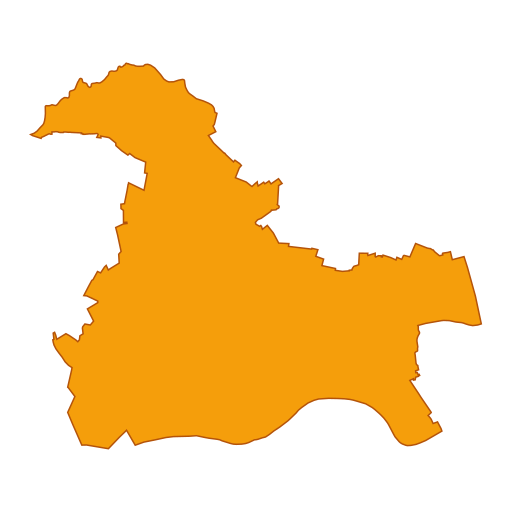 the district of Tien Du, Bắc Ninh, Vietnam
{"feature_id": "81297802B37279419107484", "entity_name": "Tien Du", "entity_type": "district", "adm_level": 2, "iso_a3": "VNM", "parent_name": "Vietnam", "parent_adm1": "Bắc Ninh", "projection": "mercator", "projection_center": [106.031, 21.126], "detail": "fine", "context": "isolated", "style": "filled", "palette": "amber", "viewbox_px": 512, "rotation_deg": 0, "n_neighbors": 0, "source": "geoboundaries", "source_scale": "gbopen_adm2", "svg_char_len": 5892}
<svg xmlns="http://www.w3.org/2000/svg" viewBox="0 0 512 512"><path d="M190.0,94.0L188.5,92.7L187.0,90.3L185.5,87.1L184.8,83.3L184.5,80.6L183.9,79.7L182.5,79.4L178.5,80.2L173.6,81.8L168.9,81.9L166.6,81.0L163.8,79.0L160.6,74.6L154.7,67.9L150.6,65.2L147.8,64.3L145.6,64.5L144.5,65.0L143.4,66.1L139.8,66.3L137.7,66.3L135.6,66.0L134.2,65.3L133.4,65.1L132.2,65.0L129.8,64.4L128.3,63.7L127.4,63.7L126.7,63.3L126.1,63.3L125.5,63.8L125.0,64.7L124.7,65.1L123.9,65.3L123.3,66.1L122.7,66.5L121.4,67.1L120.6,67.1L119.9,66.2L119.0,66.4L118.4,66.9L118.0,67.8L117.3,70.0L116.6,70.7L115.2,71.2L113.9,71.3L111.8,71.0L110.1,71.4L109.1,72.3L108.7,73.9L108.2,75.3L106.7,76.9L104.5,79.6L101.9,81.8L100.2,82.8L99.0,83.1L97.8,82.8L96.5,82.7L95.2,83.1L92.2,83.5L91.6,83.9L91.3,84.6L91.1,86.3L90.5,87.1L89.8,87.4L89.1,87.1L88.1,86.4L86.6,83.6L85.8,83.2L83.3,82.5L82.8,82.0L82.5,81.2L82.2,79.6L81.7,78.8L80.8,78.4L79.9,78.7L79.3,79.4L78.8,80.6L77.8,82.1L76.9,84.2L75.5,87.8L74.9,89.1L74.3,89.6L73.5,90.1L70.3,91.1L69.7,91.8L69.4,92.9L69.4,95.7L69.0,97.1L68.4,97.7L67.7,98.0L66.2,97.6L64.3,97.6L61.8,99.2L60.4,100.5L58.0,103.7L56.5,105.2L55.6,105.5L54.2,105.3L52.4,104.8L51.7,104.8L50.1,105.6L47.9,105.8L46.2,105.7L45.6,106.0L45.3,106.5L45.3,107.3L45.4,113.7L45.1,117.4L44.5,121.0L43.8,123.3L43.0,124.7L40.0,127.8L37.1,131.1L34.2,133.2L30.7,134.5L32.5,135.6L41.1,138.4L41.6,137.3L44.4,136.1L45.8,135.3L46.2,135.2L48.7,133.9L49.4,133.8L50.6,134.2L51.9,134.2L52.0,131.9L54.4,131.9L55.1,131.7L56.7,131.7L57.9,131.8L58.2,132.1L60.1,132.5L63.3,132.5L63.6,132.1L65.3,132.0L68.7,132.3L70.2,132.2L71.1,132.4L81.5,132.9L81.3,133.7L82.8,133.8L82.8,134.2L82.9,134.3L85.1,134.3L86.5,134.1L88.1,134.0L89.3,133.8L90.1,133.9L93.7,133.8L96.8,133.5L97.4,133.6L98.2,134.4L96.8,137.4L100.9,137.9L100.8,136.1L108.0,137.4L109.4,137.8L114.8,142.2L115.8,143.1L115.9,145.6L116.3,146.0L121.6,150.7L127.9,155.1L129.7,153.5L135.0,157.6L145.7,162.1L144.6,172.9L147.2,173.4L144.0,190.3L128.6,182.8L128.4,184.3L128.1,184.4L127.1,190.4L124.7,202.4L124.5,203.7L120.9,204.2L121.0,208.6L123.4,210.4L123.5,222.4L126.8,222.2L127.0,223.5L123.5,223.9L115.7,227.5L117.6,235.0L121.1,251.5L118.7,254.2L119.2,263.1L110.6,268.4L108.3,270.0L106.2,265.4L104.5,267.0L100.6,272.9L97.5,271.5L93.0,279.7L91.8,280.4L88.5,286.5L83.8,295.6L86.8,295.9L97.8,301.1L97.8,302.6L87.4,308.9L93.6,321.1L90.3,325.0L84.9,324.0L82.7,326.8L82.4,328.1L83.1,333.8L79.9,335.8L79.4,339.8L77.8,341.7L75.9,340.0L69.4,335.6L65.9,333.7L56.8,339.3L55.7,335.1L54.6,332.3L53.2,333.1L53.9,339.3L52.8,339.8L53.2,342.1L54.0,345.0L55.9,348.8L59.0,353.1L62.1,357.1L65.1,361.8L68.5,365.3L72.0,367.6L71.6,370.1L67.7,387.2L68.3,387.7L74.9,396.5L67.7,412.4L72.7,424.3L81.8,445.1L86.5,445.0L108.4,448.7L119.3,437.3L125.2,431.6L126.5,430.2L135.2,445.2L143.9,442.1L154.9,439.9L166.0,437.5L173.4,436.6L189.6,436.2L196.5,435.7L204.6,437.4L209.0,438.2L217.4,439.3L219.8,439.8L222.0,440.8L230.7,443.5L233.3,444.1L236.3,444.3L241.8,444.1L245.7,443.5L248.8,442.5L254.5,439.8L256.0,439.7L257.9,439.3L262.3,437.8L265.2,437.1L266.0,436.7L269.6,434.3L273.9,430.9L279.8,427.0L287.8,420.9L290.2,418.7L296.0,413.1L298.4,410.2L301.8,407.4L308.0,403.0L314.0,400.3L318.6,399.0L328.7,398.3L338.4,398.5L344.5,398.8L349.8,399.4L353.2,400.1L356.7,401.1L365.7,403.8L372.2,407.5L374.8,409.5L379.0,413.2L380.7,414.8L383.8,418.0L385.9,420.7L387.6,423.0L388.6,424.7L393.8,434.6L395.1,436.9L399.1,441.6L400.2,442.6L401.2,443.3L402.5,444.0L405.6,445.2L407.3,445.6L410.9,445.4L416.0,444.4L420.1,442.9L425.7,440.5L441.9,431.1L441.0,428.5L437.5,421.9L433.1,423.5L431.2,419.3L430.0,417.6L428.1,415.5L431.2,412.6L431.0,412.0L420.9,397.2L418.8,393.9L409.8,380.4L413.5,378.7L413.5,380.1L415.2,379.8L415.7,377.2L418.5,376.3L418.5,375.6L419.6,375.4L419.1,374.3L418.0,374.5L417.2,372.5L415.8,372.7L415.6,370.8L418.6,369.8L418.0,367.0L417.8,365.5L416.9,364.9L416.4,364.3L416.0,363.0L415.2,355.1L414.9,353.4L415.0,352.6L415.2,352.4L415.9,351.8L417.0,351.3L417.5,350.9L417.6,350.2L417.5,348.6L417.8,346.8L416.9,341.0L417.0,339.1L417.4,337.6L418.0,336.0L418.7,334.7L419.2,333.9L419.5,333.2L419.5,332.3L418.4,330.2L418.3,329.4L418.3,326.6L417.8,325.5L425.7,323.4L441.7,320.6L443.8,320.4L449.3,320.6L455.8,322.0L461.5,322.6L463.5,323.1L465.6,323.9L468.9,324.9L472.7,325.6L477.7,325.0L481.3,323.9L475.4,296.1L467.5,267.6L464.0,256.6L452.3,259.7L450.4,251.7L447.8,252.4L442.9,253.1L442.5,253.4L442.8,254.9L439.9,255.7L439.3,255.6L434.8,251.9L434.1,251.1L433.3,250.0L432.3,249.8L430.5,248.6L429.4,248.5L427.4,248.1L415.6,243.5L409.9,256.9L404.2,255.4L403.5,255.6L401.7,259.4L396.9,257.3L396.0,260.0L390.8,257.6L383.0,255.1L382.4,257.0L381.3,256.9L381.3,255.8L378.5,255.7L378.2,255.8L375.7,257.0L375.2,256.6L375.2,253.2L367.9,255.5L367.7,254.1L367.8,253.3L359.7,253.2L359.3,253.2L358.7,264.7L356.7,265.5L354.8,266.0L353.8,266.4L352.6,268.1L352.0,269.3L351.9,270.0L349.3,270.2L349.3,270.8L342.4,271.4L335.3,270.3L335.5,268.5L321.9,265.6L323.6,259.1L315.8,256.3L317.9,249.7L311.9,248.3L311.7,249.1L288.5,246.4L288.9,243.6L278.7,243.1L273.4,233.1L267.3,225.4L262.4,229.3L261.6,226.6L260.8,225.5L259.6,226.3L255.9,224.2L255.4,222.4L257.6,219.8L260.9,218.4L261.2,218.3L269.0,212.7L270.9,211.3L271.4,210.1L272.1,210.2L273.7,210.0L275.0,209.9L276.2,209.7L276.8,208.8L277.8,208.6L278.9,207.8L279.1,207.1L279.1,206.3L278.8,205.8L277.2,204.6L277.6,203.6L278.6,186.1L278.5,185.6L282.1,183.5L278.5,178.7L271.0,183.9L269.0,181.0L267.7,182.0L264.8,183.8L263.7,182.2L258.1,186.0L257.2,182.5L257.2,181.9L255.2,183.5L252.0,186.5L251.1,185.9L246.2,182.0L235.4,177.7L239.3,167.9L241.4,165.5L239.5,163.4L238.8,163.0L234.9,160.2L233.5,161.9L226.0,154.8L224.9,153.3L224.4,153.0L224.2,153.2L213.9,143.4L212.2,141.2L211.9,140.5L208.4,135.5L215.8,131.7L213.0,126.0L214.3,124.5L214.9,122.2L217.0,113.3L215.1,112.5L214.7,111.6L214.1,108.3L213.0,106.4L211.5,104.9L208.6,103.2L203.2,100.9L196.3,98.7L193.1,96.2L190.0,94.0Z" fill="#f59e0b" stroke="#b45309" stroke-width="1.5"/></svg>